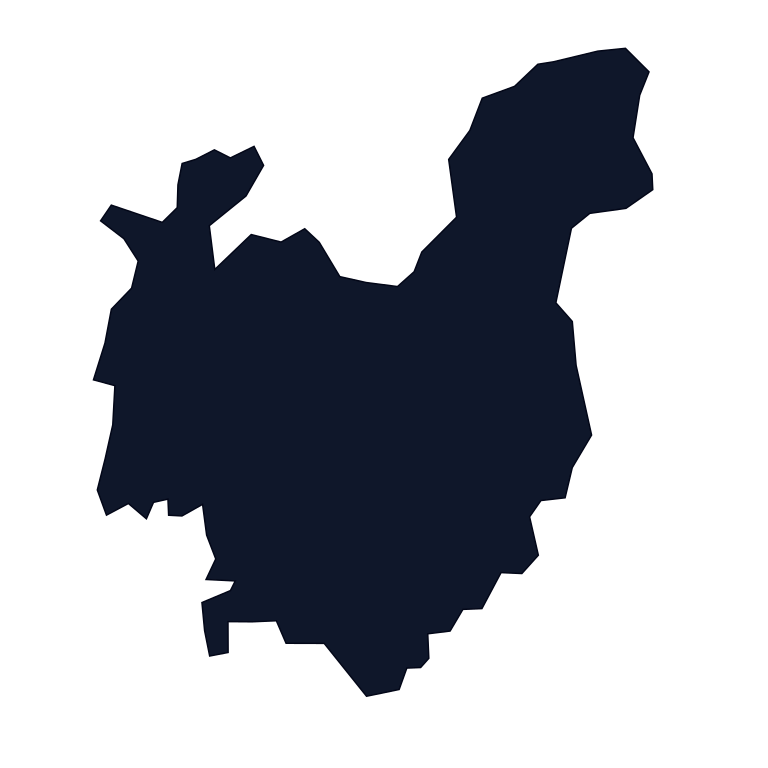 Parkent, Tashkent, Uzbekistan (orthographic projection), rotated 354°
{"feature_id": "79887680B47591797278473", "entity_name": "Parkent", "entity_type": "district", "adm_level": 2, "iso_a3": "UZB", "parent_name": "Uzbekistan", "parent_adm1": "Tashkent", "projection": "orthographic", "projection_center": [69.727, 41.255], "detail": "fine", "context": "isolated", "style": "filled", "palette": "ink", "viewbox_px": 768, "rotation_deg": 354, "n_neighbors": 0, "source": "geoboundaries", "source_scale": "gbopen_adm2", "svg_char_len": 1279}
<svg xmlns="http://www.w3.org/2000/svg" viewBox="0 0 768 768"><g transform="rotate(354 384 384)"><path d="M577.0,385.5L577.8,341.5L563.4,321.2L586.7,248.7L606.5,235.8L643.0,234.6L671.6,218.8L672.5,203.0L657.4,165.1L668.5,123.5L680.2,101.3L659.2,75.4L631.4,75.3L586.0,81.3L570.4,82.1L545.0,101.6L511.6,110.0L495.9,140.8L471.8,167.4L473.6,225.7L435.4,256.7L425.7,275.5L407.6,288.5L376.8,281.2L351.3,272.6L334.4,236.3L321.4,221.3L296.5,232.1L267.6,221.5L227.7,252.4L226.8,208.3L266.4,182.6L287.1,154.0L279.6,134.1L254.8,143.1L239.8,133.4L220.3,140.9L206.3,143.6L199.9,164.3L196.8,187.0L180.4,200.1L131.5,177.6L119.2,192.1L140.5,212.3L152.4,236.0L143.0,262.3L120.7,281.1L110.8,314.1L95.5,349.5L116.2,357.5L110.0,396.2L98.9,429.1L87.8,459.4L94.3,485.4L117.3,476.1L133.6,493.2L142.4,477.6L157.1,475.9L156.1,492.0L169.3,494.1L191.0,484.7L191.8,515.7L198.4,540.4L186.6,559.8L215.5,564.3L209.7,573.4L180.1,582.3L179.8,610.5L182.2,636.3L200.9,634.7L204.0,604.0L228.0,606.7L252.2,608.2L259.5,631.6L297.4,635.7L334.0,692.7L367.1,689.4L377.0,668.9L390.8,669.8L399.9,661.5L401.4,637.0L423.9,636.6L438.9,616.4L457.9,617.6L480.7,583.8L501.3,586.9L519.6,570.4L514.9,531.3L527.9,516.3L552.2,516.1L562.5,486.8L585.1,456.5L577.0,385.5Z" fill="#0f172a" stroke="#020617" stroke-width="1.5"/></g></svg>